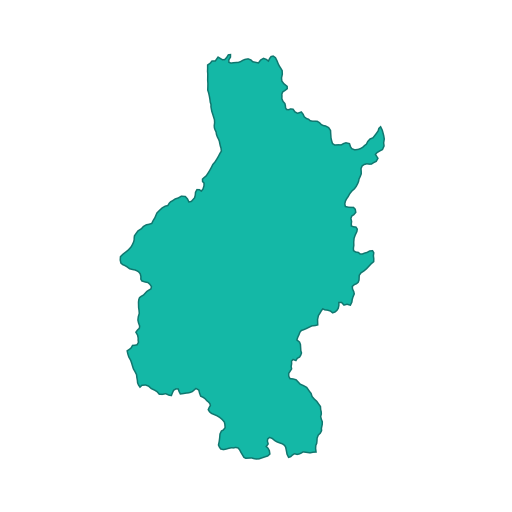 Jacinto, Minas Gerais, Brazil (orthographic projection), rotated 201°
{"feature_id": "56859067B66910938619484", "entity_name": "Jacinto", "entity_type": "district", "adm_level": 2, "iso_a3": "BRA", "parent_name": "Brazil", "parent_adm1": "Minas Gerais", "projection": "orthographic", "projection_center": [-40.323, -16.195], "detail": "fine", "context": "isolated", "style": "filled", "palette": "teal", "viewbox_px": 512, "rotation_deg": 201, "n_neighbors": 0, "source": "geoboundaries", "source_scale": "gbopen_adm2", "svg_char_len": 6089}
<svg xmlns="http://www.w3.org/2000/svg" viewBox="0 0 512 512"><g transform="rotate(201 256 256)"><path d="M150.7,255.8L152.0,257.8L154.0,259.7L155.2,262.1L153.9,264.6L152.3,266.1L151.2,268.1L151.2,270.4L152.7,275.0L152.0,277.8L149.8,280.9L148.3,283.6L147.0,286.8L145.7,290.0L144.1,292.9L145.1,295.7L146.5,298.3L147.2,301.2L149.1,302.7L151.7,301.4L153.6,299.1L155.7,297.6L157.4,296.0L159.5,295.2L161.7,296.0L164.4,295.4L166.9,296.0L167.9,298.3L168.5,301.0L169.8,304.1L170.8,307.7L170.9,311.1L170.6,314.9L171.1,317.4L173.1,318.8L175.4,318.2L177.7,318.2L178.6,320.3L179.1,322.4L180.9,325.1L180.9,327.7L179.5,329.6L178.5,332.5L180.1,335.2L182.4,336.3L184.3,335.6L186.9,334.7L190.3,334.2L191.8,336.5L192.2,339.4L191.9,341.9L191.3,344.3L190.8,347.8L189.7,351.2L188.2,354.0L187.4,356.9L187.0,360.3L187.0,362.5L187.4,364.8L187.2,367.7L187.2,370.4L188.0,372.4L189.3,375.2L189.2,378.1L187.9,380.1L185.6,381.8L183.1,382.4L181.2,383.2L179.6,385.4L177.7,387.4L177.2,390.9L180.9,393.6L180.2,395.7L178.4,398.1L176.1,400.7L175.9,404.6L177.4,407.4L178.2,411.2L179.9,414.1L181.3,416.1L183.2,418.7L186.0,421.3L187.0,419.2L186.8,416.5L187.6,413.4L188.5,410.3L189.2,408.2L191.5,406.1L192.7,403.0L193.0,399.9L194.2,398.1L195.4,395.6L197.0,393.7L198.7,392.2L201.8,390.5L205.0,390.5L206.8,391.7L209.0,394.4L212.6,393.9L214.6,392.3L216.2,390.3L219.2,389.2L222.3,387.8L224.9,388.4L226.7,390.7L228.3,393.1L230.3,397.4L231.4,399.9L234.2,401.9L237.7,402.3L239.9,401.9L242.2,402.1L244.5,403.2L247.1,403.7L249.5,402.9L251.5,402.1L254.0,401.7L255.9,402.5L258.0,402.4L260.8,403.2L262.8,405.2L265.3,406.7L268.3,404.1L271.3,404.5L274.0,406.3L276.4,405.7L277.9,404.3L279.9,403.7L281.5,404.9L282.4,406.8L283.7,408.7L286.2,410.0L288.3,412.2L289.0,414.3L289.9,416.4L289.9,418.7L288.2,421.1L286.8,423.4L287.7,425.5L291.9,426.9L294.6,428.6L296.0,431.4L296.6,435.2L298.0,438.4L300.1,440.1L302.3,441.7L304.2,443.4L306.2,445.6L308.9,448.1L311.6,448.8L313.4,447.6L314.0,445.5L314.3,442.4L316.7,443.2L319.8,443.2L321.9,440.6L322.9,437.1L326.0,436.6L328.7,436.2L331.0,437.2L334.0,437.2L336.7,435.6L338.4,434.0L340.0,432.0L341.8,430.4L343.7,429.6L346.4,428.3L348.5,427.1L350.7,427.1L351.7,429.4L351.1,432.5L352.0,434.9L353.9,433.9L354.5,430.9L355.6,428.1L357.8,427.2L362.7,428.1L363.9,423.5L367.0,422.2L367.8,419.6L369.6,417.0L368.3,413.6L367.4,411.0L366.3,408.8L364.1,402.8L362.7,399.8L361.6,396.8L360.5,393.6L358.5,391.1L357.0,388.8L355.3,386.0L353.8,383.2L352.3,381.3L351.5,379.1L349.1,375.2L347.3,373.0L345.5,370.7L343.6,368.3L342.4,365.6L341.7,362.7L340.8,360.8L339.5,359.2L337.7,357.5L336.5,355.4L334.8,353.4L332.9,351.7L331.4,350.1L330.1,348.0L328.7,345.9L327.4,344.3L325.9,341.5L326.4,339.0L326.8,335.5L327.3,332.4L328.0,329.0L329.1,326.0L329.4,322.8L329.9,319.1L330.5,316.0L331.2,313.0L332.6,310.5L333.5,308.6L332.6,306.4L330.6,305.4L329.7,302.8L329.5,299.5L330.3,297.0L332.6,297.6L334.9,296.8L335.3,293.8L334.5,291.0L334.2,288.3L335.9,283.8L338.0,282.4L340.4,284.7L343.3,286.2L347.1,285.1L349.3,282.4L351.9,280.3L353.7,277.7L355.1,276.1L355.9,274.2L356.4,271.5L358.6,270.0L360.8,267.3L362.4,264.1L363.9,260.7L364.0,258.5L364.1,255.5L364.7,252.3L365.0,249.0L367.5,247.1L369.6,245.8L371.7,243.2L372.7,240.5L375.2,237.1L376.0,234.1L376.7,231.3L376.2,229.3L375.5,227.3L375.3,225.0L375.5,222.1L375.8,220.0L376.5,218.0L377.4,215.8L378.9,213.2L380.9,209.9L382.3,206.8L381.3,203.6L379.6,201.0L377.4,200.2L375.0,200.1L372.6,199.7L369.4,198.8L366.1,199.2L364.0,199.6L361.9,199.5L360.0,199.2L357.8,198.0L356.1,195.6L355.2,193.1L353.6,191.8L350.2,192.0L347.3,192.5L344.8,191.5L342.6,189.9L342.3,187.6L344.0,185.5L345.2,183.8L347.0,179.3L348.7,177.2L349.8,175.4L349.8,173.4L349.2,170.9L347.1,165.8L345.7,163.3L344.4,160.6L344.1,157.0L343.3,153.9L341.8,151.6L339.5,148.9L339.0,146.7L340.1,144.4L340.8,141.8L338.2,139.7L336.6,137.2L335.8,135.0L334.8,133.3L335.2,130.5L337.2,129.2L339.2,128.3L339.6,125.6L340.6,123.7L342.3,121.3L340.6,118.7L338.6,116.2L335.6,113.7L333.6,111.3L331.6,108.7L330.0,106.7L327.5,104.7L325.0,102.4L323.7,99.9L322.3,97.6L321.1,95.2L319.5,93.5L317.3,92.0L316.2,94.4L312.9,96.0L309.6,96.0L306.3,94.7L302.3,94.4L299.5,93.8L296.8,92.3L293.8,93.3L291.0,95.1L287.3,94.9L285.0,95.4L285.0,98.2L284.8,101.1L283.2,103.2L281.0,104.0L279.2,101.9L277.2,100.1L274.8,101.4L272.1,103.0L270.1,104.0L268.5,105.1L266.9,106.6L264.6,110.8L261.4,110.4L259.5,107.7L257.4,105.3L254.6,105.1L252.3,104.5L250.0,103.3L248.1,102.7L246.2,101.7L245.0,100.1L245.4,97.9L245.5,95.4L243.5,93.9L241.2,93.1L235.3,92.9L232.0,92.3L228.9,91.2L226.1,89.7L224.8,87.8L223.3,84.7L224.2,81.8L225.6,80.2L225.8,76.9L224.8,73.4L223.9,69.8L223.3,66.1L221.8,64.6L219.8,63.2L217.0,63.6L214.8,65.0L212.4,66.8L210.2,68.2L208.2,68.8L206.4,70.0L204.0,70.4L201.8,69.2L199.7,67.3L195.1,63.7L193.1,63.5L187.8,65.9L185.3,66.1L183.0,66.6L180.5,67.7L175.3,72.0L173.4,73.5L172.1,76.1L173.8,79.1L176.0,80.9L178.2,81.8L177.3,84.9L179.1,87.3L179.5,89.5L178.3,91.5L175.6,91.5L172.3,90.4L169.8,90.0L167.0,90.0L164.0,90.1L161.4,89.4L159.7,88.0L158.1,85.5L156.0,82.1L153.4,79.7L151.7,81.1L150.7,83.2L149.2,85.2L146.5,85.5L144.7,86.7L143.2,88.2L141.8,90.0L139.8,90.5L135.0,91.6L132.2,93.4L129.7,94.5L131.4,97.7L132.3,100.6L132.2,102.8L132.8,105.1L133.7,107.9L133.7,111.1L132.5,113.7L132.2,116.4L133.2,118.6L133.8,122.4L134.7,125.0L136.6,127.1L138.1,129.3L138.4,131.9L139.3,133.9L140.6,135.8L141.9,138.6L144.4,140.2L147.2,142.1L150.3,143.3L153.3,144.9L155.4,147.5L157.3,148.6L161.6,151.5L165.2,152.0L168.9,152.2L171.5,153.5L174.2,154.8L177.4,154.5L180.3,153.7L182.3,155.4L183.4,158.1L182.3,163.4L183.6,165.4L184.1,168.1L185.2,170.7L184.3,172.7L181.3,172.7L180.8,175.3L179.1,177.3L178.7,179.6L178.8,181.8L180.2,183.6L182.8,189.3L184.5,191.2L187.8,192.3L187.9,195.5L187.7,197.8L187.7,200.6L186.9,202.8L185.3,204.1L183.4,205.9L178.8,210.8L175.8,212.3L173.7,213.8L175.8,218.8L176.4,222.8L175.8,225.6L175.4,228.2L174.7,230.6L172.5,230.4L169.8,231.1L166.8,231.3L164.1,230.4L162.2,232.0L161.0,234.2L160.5,236.6L160.9,239.5L162.0,242.3L159.5,243.3L156.3,241.7L153.7,243.6L150.3,243.9L150.0,247.3L150.6,249.9L150.8,252.3L150.7,255.8Z" fill="#14b8a6" stroke="#0f766e" stroke-width="1.5"/></g></svg>